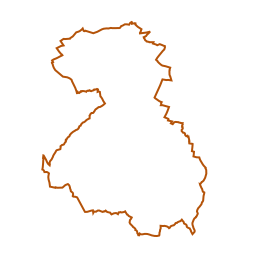 Miercurea Sibiului, Sibiu, Romania, rotated 5°
{"feature_id": "2599482B78726176605362", "entity_name": "Miercurea Sibiului", "entity_type": "district", "adm_level": 2, "iso_a3": "ROU", "parent_name": "Romania", "parent_adm1": "Sibiu", "projection": "albers", "projection_center": [23.786, 45.868], "detail": "fine", "context": "isolated", "style": "outline", "palette": "amber", "viewbox_px": 256, "rotation_deg": 5, "n_neighbors": 0, "source": "geoboundaries", "source_scale": "gbopen_adm2", "svg_char_len": 5784}
<svg xmlns="http://www.w3.org/2000/svg" viewBox="0 0 256 256"><g transform="rotate(5 128 128)"><path d="M192.1,218.2L194.4,219.2L195.0,220.1L195.1,221.1L195.3,221.4L196.4,222.1L198.3,222.7L198.7,223.5L199.5,224.5L199.6,225.1L200.3,226.3L201.5,228.1L203.3,225.7L203.4,225.1L203.3,224.2L201.8,221.6L201.5,220.6L200.8,219.1L200.5,217.7L200.5,216.8L201.5,213.4L202.2,212.1L203.4,211.1L203.4,210.5L203.9,210.2L205.0,207.3L204.8,206.7L204.0,205.2L204.1,203.9L204.9,201.8L206.0,200.4L207.8,197.6L208.2,195.5L208.8,194.9L209.2,193.7L209.2,189.1L209.7,185.9L209.6,185.5L208.1,184.9L207.1,182.2L206.4,181.3L204.8,178.4L204.6,177.8L204.8,177.9L205.1,177.1L205.9,175.9L206.1,175.4L206.7,175.1L207.9,173.8L209.2,170.8L210.0,166.7L209.6,163.1L209.2,162.1L208.7,161.6L208.9,160.9L206.6,158.8L205.5,157.5L202.9,153.9L202.2,152.6L201.6,151.1L198.7,151.2L195.7,150.6L195.8,148.9L195.8,145.9L193.7,145.5L193.8,141.9L193.8,138.7L193.7,138.2L190.4,138.0L190.0,135.9L190.3,135.8L190.2,135.2L189.1,131.7L188.8,132.0L188.6,131.8L187.9,130.5L186.8,131.1L185.9,130.4L185.5,129.8L185.4,128.9L184.9,128.5L184.8,128.1L183.9,127.8L183.3,127.9L181.7,126.3L181.7,125.0L182.4,124.2L182.6,123.3L182.3,122.7L181.8,122.3L182.1,121.8L181.7,121.3L181.7,120.9L182.2,119.8L181.8,119.3L182.0,118.4L180.0,118.4L179.2,118.1L178.5,118.2L177.8,117.8L174.8,117.8L173.6,118.2L172.2,120.3L170.3,119.6L171.3,117.6L167.2,117.0L167.6,115.7L167.4,115.4L163.4,114.1L165.0,110.3L165.8,107.9L167.0,103.5L160.5,102.3L158.8,102.4L159.0,101.8L159.0,100.9L158.8,100.5L158.9,99.7L159.2,99.3L157.0,98.6L152.5,96.0L151.8,95.4L156.3,82.7L158.1,76.6L162.0,76.9L163.9,76.6L167.1,76.8L165.5,72.7L165.2,72.4L164.7,71.2L164.3,67.7L164.5,67.1L164.3,66.7L164.8,64.2L160.0,63.2L156.7,62.8L155.2,62.0L153.3,60.6L151.8,59.3L151.7,58.9L150.0,57.6L151.1,55.4L152.8,52.8L156.0,48.1L157.3,46.6L157.8,44.2L157.5,43.1L156.3,43.0L155.4,42.6L152.3,41.7L149.9,43.0L148.7,42.4L145.5,41.7L145.9,40.3L141.8,40.7L141.4,40.4L139.1,40.2L139.0,39.9L137.5,39.1L137.1,38.2L136.1,37.1L136.0,36.9L136.3,36.5L135.9,36.1L138.0,34.8L138.9,33.2L139.9,32.2L140.9,31.0L141.2,30.6L141.0,30.3L138.0,31.3L131.7,32.7L131.6,32.2L132.2,30.9L132.8,28.4L129.0,26.4L126.6,24.6L126.4,24.4L126.6,24.1L126.3,23.7L126.3,23.1L125.6,23.0L122.9,23.8L122.7,22.3L122.4,22.1L121.1,23.0L120.1,25.0L117.8,24.8L115.8,25.0L113.5,26.6L112.4,27.0L111.4,28.8L110.6,29.2L103.8,29.9L102.2,29.8L99.7,30.6L98.2,30.6L95.2,31.2L93.4,32.0L89.1,34.8L85.2,36.6L77.0,34.8L76.5,35.3L75.7,35.3L75.3,35.0L74.2,32.8L73.3,34.0L71.4,35.7L70.1,36.4L68.1,37.2L65.1,41.5L62.4,43.7L62.3,43.8L62.3,44.1L57.4,44.9L56.3,44.8L55.6,45.2L53.2,47.2L56.6,51.4L54.2,52.1L50.0,54.7L52.7,57.9L55.0,60.2L55.8,60.6L56.3,61.2L50.8,64.7L47.9,66.2L46.5,67.3L47.6,68.9L46.5,69.5L46.6,69.9L47.5,71.2L47.7,72.1L48.8,74.4L50.5,76.7L58.7,82.5L63.1,82.8L65.5,83.6L67.5,84.8L68.2,86.4L72.0,92.7L73.4,95.7L74.1,97.7L75.0,97.5L75.1,97.0L75.4,97.4L76.0,97.1L76.5,97.3L76.7,97.1L76.8,96.6L77.9,96.1L78.0,96.0L77.7,95.7L78.0,95.3L78.5,95.3L78.8,95.6L79.5,95.1L80.6,95.1L82.9,95.3L83.2,95.5L83.5,95.0L84.3,94.4L85.1,94.5L86.0,94.2L86.1,93.8L86.4,93.7L86.7,93.8L86.9,94.2L87.3,94.4L88.2,94.5L89.0,94.0L90.3,93.5L90.6,92.9L91.0,93.0L91.7,92.4L92.7,92.5L93.7,91.8L94.5,92.0L94.8,92.3L94.6,93.6L94.6,94.7L95.7,94.2L96.8,94.5L97.8,99.0L98.3,99.3L99.6,100.9L101.2,103.5L102.9,105.6L101.5,107.1L100.1,108.3L98.3,109.5L96.8,109.8L95.9,110.8L95.5,111.0L94.8,111.8L94.2,112.1L93.4,113.4L93.2,114.1L92.6,114.8L92.5,115.4L92.2,115.7L91.8,116.1L90.4,116.2L89.4,117.3L89.2,118.1L88.6,119.0L88.9,120.3L88.8,121.2L88.9,121.8L87.9,122.3L85.9,123.7L84.9,125.0L83.7,126.0L82.4,126.6L82.1,127.1L81.3,128.0L80.7,129.3L80.7,129.7L79.4,130.5L79.2,131.1L79.2,131.7L78.9,131.9L78.8,132.7L78.4,133.2L77.7,133.9L75.9,134.8L75.6,135.2L73.6,136.6L71.4,138.8L71.2,139.5L70.7,139.9L70.5,141.0L70.1,141.7L69.5,141.9L68.4,143.3L68.2,144.0L68.0,144.3L67.2,144.9L67.5,145.4L67.0,146.3L67.3,147.0L66.4,148.1L65.6,149.9L65.2,150.2L63.7,150.7L63.5,151.0L62.4,152.0L62.4,152.8L62.6,153.4L62.4,155.0L59.0,156.3L58.5,156.8L57.7,158.7L56.6,160.7L55.9,162.2L55.8,163.0L54.6,166.0L53.3,167.8L52.9,169.4L53.3,171.1L53.2,172.0L51.4,170.6L50.3,169.0L49.2,166.9L46.4,162.8L46.1,162.7L46.0,165.2L46.0,165.4L46.4,165.5L46.5,166.2L46.4,167.7L46.5,170.2L46.5,174.6L46.3,176.8L47.0,177.0L47.7,177.5L48.3,178.4L48.6,179.2L51.0,178.9L52.6,179.6L53.2,180.1L52.9,182.5L52.9,184.0L53.4,186.3L54.5,189.2L55.4,193.2L60.9,193.9L61.0,193.4L62.8,193.7L67.9,193.1L70.6,190.3L73.0,189.1L74.1,189.9L74.7,190.7L75.4,192.4L75.5,193.1L76.4,194.9L76.4,195.5L76.7,196.1L78.3,197.1L78.7,197.5L79.1,198.7L78.9,200.7L79.5,201.1L81.4,201.1L82.9,201.4L83.4,201.6L92.4,215.3L93.2,215.3L94.9,215.0L98.6,213.5L100.2,213.1L100.8,215.6L101.2,214.7L102.1,214.1L103.4,214.2L105.0,212.9L106.4,212.7L109.9,213.8L110.4,213.5L111.2,213.5L111.6,212.9L112.6,212.9L113.0,212.3L114.6,213.5L117.7,213.9L118.3,214.8L119.1,215.5L121.4,214.2L123.3,213.8L123.8,213.8L125.5,214.7L126.1,212.9L127.2,212.8L127.6,212.4L128.9,212.7L129.8,212.5L131.7,211.9L132.4,211.3L134.6,214.3L135.1,214.3L136.4,215.6L139.5,216.8L139.0,218.1L138.0,219.5L137.8,222.0L138.5,223.2L141.2,225.5L141.7,226.2L142.4,226.5L144.0,227.7L144.2,228.2L144.2,229.0L145.0,229.2L145.8,229.8L146.4,231.3L146.5,232.1L147.2,232.8L147.6,233.9L148.4,233.9L148.4,232.4L148.7,232.0L149.9,232.8L151.5,232.7L154.0,232.0L156.5,231.9L158.7,232.3L161.0,232.9L163.7,233.2L166.2,233.1L168.4,232.4L168.6,231.8L168.5,229.4L168.8,228.4L168.9,226.5L169.3,225.2L169.0,222.6L171.6,222.6L172.8,222.3L175.2,222.6L176.7,223.3L177.6,224.2L178.5,223.5L178.9,222.5L179.2,222.1L180.8,221.3L182.1,220.9L183.3,219.5L183.7,218.6L184.1,218.4L185.0,218.3L185.5,217.6L187.7,216.4L188.4,216.2L189.6,214.6L189.9,214.9L190.4,215.7L191.4,216.4L191.8,217.2L192.1,218.2Z" fill="none" stroke="#b45309" stroke-width="2"/></g></svg>